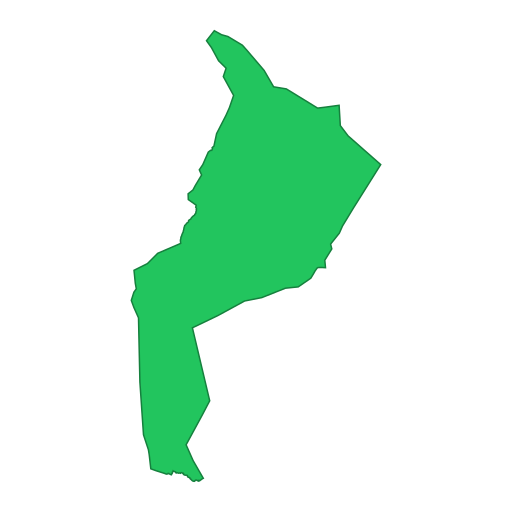 Tonkhil, Govi-Altay, Mongolia
{"feature_id": "93677404B45605151129701", "entity_name": "Tonkhil", "entity_type": "district", "adm_level": 2, "iso_a3": "MNG", "parent_name": "Mongolia", "parent_adm1": "Govi-Altay", "projection": "orthographic", "projection_center": [93.425, 45.796], "detail": "fine", "context": "isolated", "style": "filled", "palette": "green", "viewbox_px": 512, "rotation_deg": 0, "n_neighbors": 0, "source": "geoboundaries", "source_scale": "gbopen_adm2", "svg_char_len": 4257}
<svg xmlns="http://www.w3.org/2000/svg" viewBox="0 0 512 512"><path d="M150.8,468.8L153.8,469.9L156.0,470.7L164.5,473.4L166.3,474.1L167.8,473.9L168.0,473.8L168.1,473.7L168.1,473.4L168.3,473.4L168.5,473.4L168.5,473.5L168.8,473.6L169.0,473.7L169.4,473.8L169.6,474.0L169.8,474.1L170.1,474.3L170.4,474.4L170.5,474.4L170.7,474.5L170.8,474.6L171.0,474.7L171.2,474.8L171.3,474.8L171.3,474.7L171.4,474.4L171.6,474.2L171.8,474.0L171.9,473.9L172.0,473.8L172.0,473.7L171.9,473.5L171.9,473.4L172.1,473.3L172.3,473.2L172.4,472.9L172.4,472.6L172.4,472.4L172.4,472.2L172.5,472.2L172.8,471.9L172.8,471.7L173.0,471.4L173.0,471.2L173.1,470.9L173.2,471.0L173.4,471.2L173.5,471.3L173.8,471.3L174.0,471.3L174.3,471.5L174.5,471.6L174.8,471.7L175.2,471.8L175.4,471.9L175.5,471.9L175.5,472.0L175.6,472.3L175.8,472.5L176.0,472.7L176.0,472.8L176.1,473.0L176.4,473.0L176.5,472.9L176.8,472.8L176.9,472.7L177.0,472.7L177.3,472.7L177.5,472.8L177.8,472.9L177.9,473.0L178.1,473.0L178.4,473.1L178.5,473.1L178.8,473.2L179.1,473.1L179.5,473.0L179.7,472.9L179.8,472.9L180.0,472.9L180.1,473.1L180.3,473.2L180.4,473.3L180.5,473.3L180.6,473.2L180.8,472.8L180.9,472.7L181.0,472.7L181.3,472.6L181.5,472.6L182.0,472.8L182.2,473.0L182.3,473.0L182.5,473.1L182.7,473.3L182.8,473.3L182.9,473.2L183.0,473.2L183.3,473.2L183.5,473.3L183.6,473.5L183.6,473.9L183.5,474.1L183.5,474.3L183.5,474.5L183.8,474.6L184.0,474.6L184.4,474.9L184.6,475.0L184.9,475.1L185.1,475.1L185.3,475.2L185.9,475.2L186.3,475.2L186.6,475.2L186.8,475.2L187.0,475.3L187.3,475.5L187.5,475.9L187.5,476.0L187.5,476.3L187.5,476.5L187.8,476.6L187.9,476.8L187.9,477.0L188.1,477.2L188.3,477.3L188.6,477.4L188.9,477.4L189.3,477.5L189.6,477.6L189.8,477.8L189.8,478.0L189.9,478.3L190.0,478.3L190.2,478.5L190.3,478.8L190.4,479.0L190.5,479.1L190.8,479.3L191.0,479.3L191.1,479.5L191.3,479.7L191.4,479.8L191.5,480.0L191.9,480.3L192.0,480.4L192.2,480.6L192.5,480.8L192.8,481.0L193.0,481.1L193.5,481.2L193.9,481.3L194.3,481.3L194.5,481.2L194.8,481.1L194.9,480.9L194.9,480.7L195.0,480.6L195.3,480.3L195.6,480.2L195.8,480.1L196.1,480.1L196.5,480.1L196.8,480.2L196.9,480.3L197.0,480.4L197.1,480.5L197.4,480.6L197.5,480.5L197.8,480.5L198.0,480.8L198.1,481.0L198.3,481.1L198.5,481.1L198.7,480.9L198.6,480.7L198.6,480.4L198.9,480.3L199.0,480.3L199.3,480.5L199.6,480.8L202.6,478.6L202.8,478.5L203.1,478.4L203.3,478.3L193.1,460.6L186.1,444.8L202.1,415.3L209.7,400.8L192.4,327.8L217.6,315.7L244.6,301.0L261.8,297.6L285.4,288.2L298.2,286.9L310.8,278.2L313.6,273.6L314.8,271.4L316.3,269.2L317.3,267.9L317.9,267.6L319.3,267.5L322.1,267.5L325.5,267.7L324.8,260.2L331.8,248.9L330.6,244.1L339.3,233.2L340.6,230.3L342.5,226.0L353.5,207.9L380.7,164.6L348.1,135.9L340.3,125.6L339.1,105.3L325.0,107.2L317.6,108.1L286.3,88.9L273.6,86.8L264.1,70.4L247.1,50.5L242.4,45.2L227.9,36.5L221.5,34.7L214.3,30.7L206.5,40.7L211.5,47.7L218.6,60.8L226.1,68.2L223.3,76.6L233.6,95.4L233.6,95.5L229.4,107.7L226.0,115.3L216.6,133.6L213.9,146.2L212.7,147.1L212.4,147.6L212.1,147.8L212.2,148.1L212.5,148.5L212.1,149.6L211.7,150.4L211.1,150.3L210.6,150.3L208.3,152.1L202.8,164.6L199.3,169.8L201.6,175.0L195.3,185.5L192.9,190.0L188.1,193.8L188.3,199.6L196.1,205.1L196.2,205.5L195.7,207.2L196.4,208.4L196.6,209.0L196.2,209.6L196.4,210.5L196.3,210.9L196.1,211.2L196.0,211.5L195.9,212.1L195.8,212.9L195.7,213.5L195.2,213.9L195.1,214.0L194.7,214.4L194.7,214.8L194.4,215.3L193.9,215.6L193.4,215.9L193.0,216.2L192.7,216.5L192.4,216.7L191.9,217.4L191.6,217.7L191.3,218.0L191.1,218.3L190.9,218.9L190.5,219.2L189.7,219.7L188.9,220.2L188.6,220.7L188.5,220.9L188.6,221.6L188.2,222.1L187.8,222.6L187.6,222.7L187.4,222.7L187.0,222.9L186.6,223.4L186.3,223.7L186.2,224.0L185.5,224.9L185.0,225.2L184.7,225.5L184.6,225.8L184.6,226.0L184.5,226.3L184.4,226.8L184.1,227.3L184.0,228.0L183.7,229.7L183.5,230.6L183.2,231.1L183.2,232.2L183.1,232.3L182.8,232.7L182.6,233.0L182.5,233.3L182.3,233.8L182.1,234.2L182.0,234.6L181.8,235.0L181.7,235.3L181.6,235.7L181.5,236.2L181.5,236.3L181.2,236.6L180.9,237.3L180.9,238.1L180.7,239.2L180.4,240.0L180.5,241.7L180.6,242.4L180.7,243.4L157.7,253.3L147.4,263.6L134.0,270.3L135.3,283.3L136.3,288.8L133.9,292.2L131.3,300.4L133.9,307.5L138.5,317.8L139.9,382.0L143.5,434.8L148.4,449.7L149.2,454.6L150.8,468.7L150.8,468.8Z" fill="#22c55e" stroke="#15803d" stroke-width="1.5"/></svg>